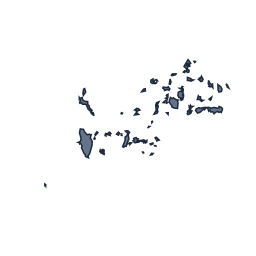 the district of Notioy Aigaioy, Notio Aigaio, Greece, rotated 132°
{"feature_id": "26713481B52894455575268", "entity_name": "Notioy Aigaioy", "entity_type": "district", "adm_level": 2, "iso_a3": "GRC", "parent_name": "Greece", "parent_adm1": "Notio Aigaio", "projection": "natural_earth1", "projection_center": [26.069, 36.671], "detail": "fine", "context": "isolated", "style": "filled", "palette": "slate", "viewbox_px": 256, "rotation_deg": 132, "n_neighbors": 0, "source": "geoboundaries", "source_scale": "gbopen_adm2", "svg_char_len": 5851}
<svg xmlns="http://www.w3.org/2000/svg" viewBox="0 0 256 256"><g transform="rotate(132 128 128)"><path d="M177.6,140.6L176.6,137.4L175.5,139.1L173.0,139.2L165.1,143.0L161.8,145.8L160.5,149.4L157.5,150.9L158.5,151.7L158.5,152.7L160.2,153.5L160.1,157.2L158.8,160.3L160.7,162.6L160.0,163.2L164.0,160.9L167.2,155.8L169.8,154.4L172.0,155.4L171.5,154.5L172.2,153.2L171.3,153.0L171.5,151.6L172.4,149.9L173.8,149.4L176.4,143.4L176.2,142.3L177.6,140.6ZM82.4,107.2L80.4,104.3L76.1,107.4L74.5,109.5L73.6,109.3L74.9,111.6L75.1,114.4L76.6,114.9L76.9,116.9L81.2,114.9L82.3,110.0L83.0,109.6L82.4,107.2ZM55.7,72.3L55.5,70.8L54.2,70.3L54.0,69.0L50.6,70.5L50.1,72.3L51.1,74.7L52.0,74.0L53.2,74.5L55.3,78.0L57.5,79.3L58.9,82.3L60.2,83.0L59.9,82.1L61.5,79.2L59.8,79.1L60.8,77.3L59.2,75.9L59.9,73.6L57.1,73.3L55.7,72.3ZM141.4,165.6L138.9,166.6L138.8,170.0L137.5,171.8L137.4,173.6L135.3,175.7L137.1,178.0L137.3,180.7L136.0,182.4L138.1,183.7L137.9,184.6L139.2,183.4L138.5,183.4L139.3,181.7L141.3,181.2L141.8,180.3L140.3,179.4L140.9,177.9L138.5,175.0L140.8,169.9L140.5,168.0L141.4,165.6ZM143.5,118.1L142.9,117.1L135.6,120.0L132.7,123.5L130.2,123.9L130.1,126.3L132.0,127.9L132.2,124.4L134.5,123.7L136.8,124.1L139.0,121.9L145.5,119.5L145.1,118.3L143.5,118.1ZM63.4,83.4L60.8,83.3L60.5,84.0L65.1,87.7L65.3,88.8L68.2,90.1L69.8,89.5L70.4,86.3L68.2,85.0L63.5,84.5L63.4,83.4ZM69.6,106.7L67.1,108.0L66.1,109.1L66.9,109.4L65.2,110.5L64.9,112.6L65.6,113.7L67.8,114.5L70.4,112.7L71.3,110.7L70.5,109.8L71.9,107.0L70.8,106.6L70.8,107.8L69.3,108.0L69.6,106.7ZM42.3,124.8L40.9,123.4L40.2,123.9L40.9,125.6L42.4,126.4L41.5,127.2L39.7,126.5L39.7,125.1L37.9,124.7L37.0,129.1L44.7,127.6L44.9,124.1L43.8,123.7L42.3,124.8ZM40.4,84.4L38.3,83.0L36.3,84.1L35.3,86.4L35.6,90.2L39.6,86.4L40.4,84.4ZM97.8,116.3L96.0,116.6L95.5,117.3L96.2,117.8L91.6,120.0L91.4,120.6L92.3,120.9L91.9,121.5L87.8,122.6L90.1,123.7L92.5,122.7L96.1,118.8L100.3,118.0L97.8,116.3ZM131.3,110.5L128.6,110.1L131.7,112.7L130.7,112.5L129.6,115.5L131.4,116.7L132.3,116.7L132.4,115.5L134.8,115.8L133.9,115.2L134.6,113.6L134.2,112.8L132.5,112.4L131.9,111.6L132.6,111.6L131.3,110.5ZM72.5,122.7L71.0,123.0L70.4,125.7L71.8,126.0L74.0,129.2L75.1,128.8L75.0,126.8L75.7,126.0L73.0,124.3L72.5,122.7ZM41.1,93.9L41.3,91.9L38.8,94.6L39.8,95.0L40.0,97.1L38.7,100.0L41.5,97.9L42.0,95.9L43.0,95.8L42.5,94.4L41.1,93.9ZM110.8,129.2L110.8,130.5L111.8,130.2L111.0,130.7L111.4,131.8L109.3,132.5L106.7,131.2L106.7,133.2L107.6,134.7L110.1,135.1L109.3,133.8L109.9,133.6L110.2,132.2L113.9,131.9L110.8,129.2ZM74.3,91.4L72.5,91.9L73.2,93.2L72.2,94.1L72.3,95.5L73.0,94.6L75.7,95.0L75.9,94.1L77.8,93.6L77.9,92.3L75.5,91.3L74.8,92.8L74.3,91.4ZM59.1,94.2L59.0,91.1L57.1,90.6L57.9,91.6L57.7,93.5L56.3,95.1L57.3,96.0L57.0,97.3L60.5,95.6L59.1,94.2ZM48.5,111.5L49.9,113.7L49.2,114.3L50.6,117.7L52.9,115.7L50.8,112.4L48.5,111.5ZM43.5,104.2L41.6,104.8L40.4,108.0L42.1,107.2L42.0,107.9L43.6,108.4L44.1,106.9L44.7,107.6L44.7,104.8L43.5,104.2ZM76.6,137.3L74.5,136.8L76.1,137.4L76.8,140.4L76.1,141.7L74.1,142.0L77.1,143.0L78.7,141.7L78.7,139.9L76.6,137.3ZM133.6,183.0L129.6,183.5L127.7,186.6L128.8,187.0L132.4,184.7L133.6,183.0ZM146.9,139.5L145.5,136.3L144.9,137.4L143.6,136.9L143.4,138.8L144.4,139.5L145.6,138.6L147.1,141.0L149.0,140.0L148.6,139.2L148.3,139.9L146.9,139.5ZM162.1,130.1L162.9,129.2L160.5,130.7L160.5,131.7L162.0,131.6L161.4,132.7L163.3,132.9L162.9,133.9L164.3,133.2L163.8,132.6L164.3,132.1L163.7,132.0L164.4,131.5L164.1,129.7L162.1,130.1ZM126.1,104.5L124.5,105.7L126.7,106.6L126.0,107.5L126.5,108.4L127.8,107.6L126.8,108.4L127.2,108.9L128.8,108.7L127.8,106.9L128.3,106.4L127.0,106.2L127.6,105.1L126.1,104.5ZM67.7,126.8L67.3,125.9L64.9,126.9L63.4,129.5L67.7,126.8ZM139.7,130.3L137.5,130.8L137.5,132.4L140.3,132.4L139.7,130.3ZM92.0,142.1L88.8,139.8L87.3,141.5L88.9,142.5L92.0,142.1ZM45.6,120.2L44.2,121.2L44.8,123.4L46.0,123.3L47.1,121.1L45.6,120.2ZM63.9,116.1L63.5,114.6L64.5,111.2L62.1,112.9L62.1,114.3L63.9,116.1ZM119.0,98.3L116.1,96.7L115.9,100.4L116.9,100.4L116.5,101.1L117.2,101.3L117.6,99.9L116.5,98.9L117.3,97.9L119.0,98.3ZM59.6,130.2L56.4,128.2L55.6,128.5L58.1,131.2L59.7,131.2L59.6,130.2ZM155.2,147.3L151.6,147.2L151.6,148.6L154.9,148.2L155.2,147.3ZM141.6,164.7L141.6,162.2L141.2,162.0L139.9,164.2L140.6,165.0L141.6,164.7ZM78.4,121.0L78.3,119.1L76.2,120.8L77.5,121.4L78.4,121.0ZM29.6,84.7L31.2,81.4L30.9,79.8L29.6,83.2L29.6,84.7ZM49.1,123.2L47.2,123.0L47.6,124.2L49.4,124.3L49.1,123.2ZM52.3,85.4L51.1,85.4L49.0,86.5L52.3,87.1L52.3,85.4ZM125.2,99.7L122.9,98.8L122.5,99.5L125.1,100.9L125.2,99.7ZM85.6,118.9L84.5,117.4L83.0,118.7L85.6,118.9ZM139.0,115.5L136.7,115.4L137.6,116.8L139.1,116.9L138.3,116.2L139.0,115.5ZM133.0,93.2L131.7,92.2L130.1,92.3L131.1,93.6L133.0,93.2ZM69.6,94.4L68.5,94.2L69.8,95.7L69.3,96.9L70.5,96.6L69.6,94.4ZM90.9,109.5L91.1,107.3L89.8,108.3L89.2,107.9L90.9,109.5ZM225.3,152.3L226.4,151.3L225.8,151.1L226.1,150.4L225.2,151.1L225.3,152.3ZM74.0,138.2L73.3,137.5L72.9,139.1L73.8,139.5L74.0,138.2ZM114.9,113.4L112.4,112.9L112.8,113.4L112.1,113.7L114.9,113.4ZM122.0,142.7L121.5,141.8L120.6,142.0L121.0,143.1L122.0,142.7ZM34.3,123.6L34.6,122.2L33.5,122.2L33.6,123.0L34.3,123.6ZM80.6,119.9L80.0,118.2L79.2,119.1L80.6,119.9ZM62.4,115.1L60.7,114.9L61.0,115.6L62.4,115.1ZM158.9,145.7L158.0,145.2L157.5,146.2L158.3,145.8L158.1,146.9L158.9,145.7ZM123.8,97.0L122.8,95.1L122.5,95.5L123.8,97.0ZM82.8,116.5L83.5,116.2L83.7,115.8L82.7,115.6L82.8,116.5ZM108.1,113.8L106.8,114.0L106.7,114.5L107.4,114.7L108.1,113.8ZM130.1,113.1L128.7,112.8L129.9,113.8L130.1,113.1ZM163.7,128.1L162.7,128.5L162.7,129.0L163.7,129.0L163.7,128.1ZM138.0,128.1L137.6,127.5L136.6,128.6L136.9,129.1L138.0,128.1ZM136.2,101.1L136.4,99.9L136.0,99.7L135.7,100.8L136.2,101.1ZM81.7,117.8L82.7,116.7L81.1,117.8L81.7,117.8ZM76.0,139.6L75.1,140.1L75.8,140.2L76.0,139.6ZM71.0,96.8L71.4,96.1L71.0,95.1L70.9,95.4L71.0,96.8Z" fill="#64748b" stroke="#1e293b" stroke-width="1.5"/></g></svg>